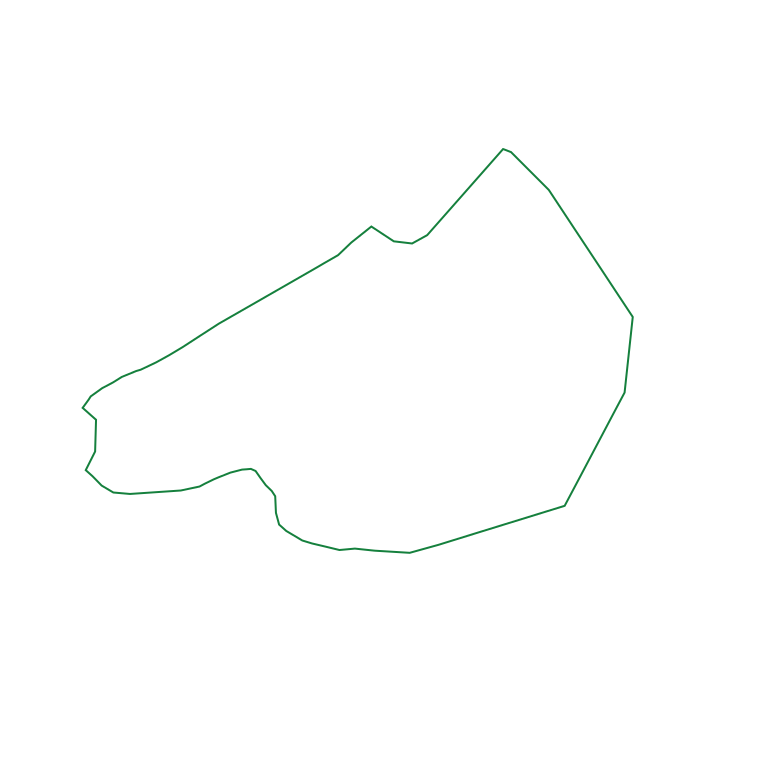 Abu Jabrah, Eastern Darfur, Sudan (orthographic projection), rotated 310°
{"feature_id": "16777658B57508233382932", "entity_name": "Abu Jabrah", "entity_type": "district", "adm_level": 2, "iso_a3": "SDN", "parent_name": "Sudan", "parent_adm1": "Eastern Darfur", "projection": "orthographic", "projection_center": [26.739, 10.949], "detail": "fine", "context": "isolated", "style": "outline", "palette": "green", "viewbox_px": 768, "rotation_deg": 310, "n_neighbors": 0, "source": "geoboundaries", "source_scale": "gbopen_adm2", "svg_char_len": 1234}
<svg xmlns="http://www.w3.org/2000/svg" viewBox="0 0 768 768"><g transform="rotate(310 384 384)"><path d="M126.3,210.9L126.0,219.9L125.6,224.1L124.7,233.0L126.9,246.4L136.5,260.1L171.8,296.8L186.9,308.6L192.4,310.8L200.7,314.5L201.8,315.0L206.1,317.2L217.4,323.3L227.2,330.3L230.4,333.6L233.4,336.6L234.7,341.1L234.8,341.6L232.6,349.8L230.5,358.5L229.9,366.8L228.1,372.8L217.3,382.7L215.8,384.1L208.9,394.0L208.6,403.6L211.6,422.0L215.6,431.4L221.7,443.5L228.2,456.6L239.2,467.5L248.5,481.3L250.4,484.1L271.2,512.2L295.8,529.1L327.5,549.5L406.5,600.5L406.8,600.7L435.4,594.6L506.8,579.2L515.2,577.4L532.1,573.8L568.5,549.4L595.2,531.5L595.3,531.3L602.5,507.0L612.6,473.1L625.1,430.9L638.6,385.5L643.3,332.2L643.2,332.0L643.2,331.8L643.0,331.5L642.7,330.5L642.7,330.4L642.3,329.4L642.2,329.0L641.7,327.5L641.6,327.2L641.1,325.8L641.0,325.5L640.9,325.2L640.6,324.4L640.5,324.2L525.8,321.4L509.7,315.2L499.6,299.8L496.5,273.1L471.3,268.0L453.2,266.0L437.9,260.4L431.7,258.2L385.6,241.3L324.1,218.7L302.7,212.1L282.7,206.0L267.7,200.8L254.0,195.5L238.5,188.4L234.6,185.8L220.9,178.6L211.0,175.4L199.7,170.8L186.0,167.3L182.1,167.8L172.0,168.5L171.5,186.4L146.6,206.1L126.3,210.9Z" fill="none" stroke="#15803d" stroke-width="2"/></g></svg>